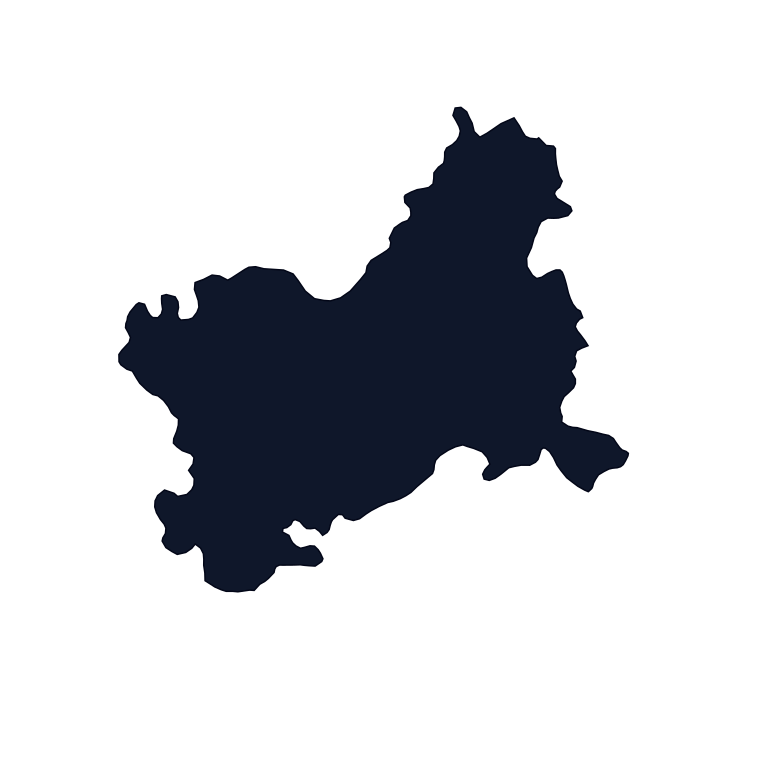 the district of Rahachow, Gomel, Belarus, rotated 327°
{"feature_id": "67162791B93010244041694", "entity_name": "Rahachow", "entity_type": "district", "adm_level": 2, "iso_a3": "BLR", "parent_name": "Belarus", "parent_adm1": "Gomel", "projection": "albers", "projection_center": [30.185, 53.104], "detail": "fine", "context": "isolated", "style": "filled", "palette": "ink", "viewbox_px": 768, "rotation_deg": 327, "n_neighbors": 0, "source": "geoboundaries", "source_scale": "gbopen_adm2", "svg_char_len": 4707}
<svg xmlns="http://www.w3.org/2000/svg" viewBox="0 0 768 768"><g transform="rotate(327 384 384)"><path d="M497.0,585.6L501.4,584.8L503.1,583.7L505.8,581.2L509.4,579.2L514.4,577.0L520.8,577.2L526.3,577.8L529.9,579.1L534.1,581.3L537.4,582.2L540.7,581.9L544.8,579.9L549.5,577.1L551.2,575.2L550.3,572.4L547.8,569.1L547.0,565.8L546.7,559.2L546.7,554.7L544.4,549.5L540.3,545.4L535.3,539.9L529.4,534.1L522.2,525.8L518.6,523.1L515.3,519.5L512.3,512.6L513.6,511.0L515.8,508.2L516.4,504.6L518.6,499.3L523.8,495.2L528.2,492.7L534.0,491.8L540.9,490.4L544.7,487.9L547.2,484.1L547.4,479.6L547.7,474.9L552.7,473.8L557.6,469.4L559.0,464.7L563.6,461.1L569.4,461.6L576.0,463.0L576.1,457.3L575.6,449.6L575.1,444.9L575.5,440.2L578.5,437.7L583.2,436.2L586.8,436.6L588.3,429.7L586.4,426.0L585.9,419.8L586.8,413.7L588.2,408.1L589.4,404.7L591.1,399.9L592.5,395.5L593.7,391.2L594.4,387.3L593.7,384.2L590.3,382.0L586.1,381.1L581.3,380.4L574.5,380.4L569.5,378.7L567.7,373.7L567.9,363.5L572.2,356.0L581.9,349.9L589.3,343.3L594.6,340.2L598.7,336.5L604.2,333.4L611.7,334.0L616.6,337.4L620.7,339.8L629.9,342.9L635.9,341.1L636.9,336.8L634.2,331.0L630.2,322.6L630.4,317.5L632.6,315.6L635.5,314.8L638.6,314.5L643.9,310.9L644.1,305.3L646.2,299.1L648.1,294.0L651.0,288.2L653.1,284.3L656.0,279.9L655.7,276.8L653.3,274.9L649.9,272.3L647.9,262.2L647.8,261.8L645.8,261.9L640.2,257.4L637.5,253.2L637.5,247.9L638.1,241.1L638.0,231.6L624.0,229.4L607.0,229.8L598.8,229.2L597.1,221.4L600.0,213.2L600.6,207.0L601.6,200.8L599.2,193.9L594.0,191.3L588.1,196.3L588.1,196.5L587.8,202.8L587.2,209.0L585.9,213.3L582.0,217.2L577.5,219.5L571.6,220.5L565.1,220.2L561.2,222.6L558.6,226.5L556.3,229.4L554.0,231.4L547.8,231.8L540.9,234.1L537.7,238.7L534.1,242.9L528.6,243.6L523.6,241.7L517.7,239.1L511.2,237.8L504.7,237.2L503.0,238.1L500.4,243.1L501.8,250.6L500.1,254.5L498.2,257.5L493.0,259.8L487.4,258.5L484.1,258.5L477.6,258.8L467.8,264.7L466.8,269.0L463.2,272.9L459.3,273.6L452.7,273.6L440.6,273.3L434.1,275.9L429.5,280.8L421.3,283.5L413.1,285.8L406.3,287.7L394.5,288.1L384.3,285.1L379.1,281.2L372.2,274.6L368.6,263.2L368.3,250.1L367.7,242.2L361.8,233.7L346.1,222.0L340.2,215.7L334.3,212.5L329.8,212.1L322.6,212.1L313.8,212.1L309.5,211.8L305.0,203.9L299.1,199.0L289.6,198.0L280.8,196.0L276.5,201.5L274.9,208.1L273.6,213.0L270.6,218.8L266.0,222.1L265.4,222.3L259.5,224.4L255.2,223.4L248.4,219.7L247.7,216.1L249.1,212.2L253.3,208.0L256.0,202.8L256.3,197.2L250.1,190.4L245.6,189.0L243.9,191.3L241.6,195.2L239.0,200.8L235.4,204.0L230.5,205.3L226.2,202.3L225.3,199.1L225.3,194.2L226.6,186.7L222.7,182.4L219.5,182.4L210.3,185.3L205.7,187.9L203.1,190.8L200.5,192.7L197.9,196.0L197.5,201.5L196.8,206.8L192.9,210.3L189.0,211.3L182.7,212.9L177.8,214.8L173.9,221.0L173.8,224.6L176.4,231.5L180.0,236.1L179.6,244.6L179.6,250.5L181.8,260.0L184.4,266.9L188.0,270.8L190.2,277.7L190.8,285.6L190.1,292.4L190.8,296.0L192.7,301.3L189.1,306.5L184.5,310.7L177.9,315.3L175.2,318.9L176.2,323.8L178.5,330.0L184.0,337.3L184.6,342.2L180.3,347.1L173.1,350.0L173.4,359.9L169.4,365.4L165.1,368.0L158.5,369.3L149.7,365.9L148.4,361.3L142.2,353.4L133.4,354.3L129.8,356.5L128.4,357.3L124.8,362.2L123.1,368.0L122.7,375.9L123.3,381.8L122.6,386.1L119.3,390.3L114.7,392.6L112.4,394.9L112.0,402.4L114.9,409.0L117.8,414.3L126.0,417.3L133.3,417.1L138.5,415.4L140.8,421.7L140.1,427.9L137.4,432.9L134.1,437.8L130.8,445.0L126.8,451.5L129.7,457.8L131.6,462.1L135.5,468.0L138.8,472.0L144.0,475.3L148.3,478.7L159.1,483.7L162.7,486.4L170.7,484.3L176.7,484.6L181.1,484.1L189.1,482.2L191.6,479.7L194.1,478.4L197.7,478.9L201.0,481.1L209.8,486.7L215.3,490.0L218.6,492.8L222.2,495.6L227.1,499.2L235.1,499.0L237.6,497.3L238.5,491.3L238.5,487.1L237.4,482.1L233.8,479.4L228.3,477.7L224.5,476.3L222.0,471.9L220.9,467.5L221.0,464.4L221.8,459.2L218.2,452.8L220.7,450.1L224.3,451.5L229.3,451.2L231.5,449.9L233.1,449.0L235.6,449.3L238.6,453.5L239.4,459.5L240.5,463.1L243.6,465.4L247.7,467.3L249.6,472.5L250.1,477.5L255.4,477.5L258.7,476.2L262.0,473.1L264.8,470.9L267.0,469.8L274.7,468.5L278.0,471.0L278.3,475.4L284.0,481.8L290.1,483.7L298.4,483.2L304.4,483.2L313.3,484.0L322.6,485.4L327.9,487.4L335.1,489.0L341.4,489.6L347.5,489.6L355.7,488.0L362.9,487.1L369.3,486.3L375.9,485.5L379.2,483.0L382.2,479.2L385.8,476.1L391.9,474.5L401.8,474.5L409.8,475.6L417.0,478.0L419.7,481.6L424.2,486.9L429.4,494.3L430.5,501.8L429.2,508.9L424.7,510.0L421.7,510.9L417.6,513.4L416.2,518.3L419.8,522.2L425.9,523.6L432.8,523.3L438.6,522.7L443.0,522.2L448.5,524.1L454.9,526.8L462.0,531.5L468.4,532.1L472.0,531.2L476.1,527.9L480.0,524.6L482.5,524.3L484.4,525.7L486.1,530.9L486.1,538.1L485.0,546.1L485.3,553.3L486.2,562.1L488.4,568.5L490.9,575.4L494.5,582.3L496.7,585.6L497.0,585.6Z" fill="#0f172a" stroke="#020617" stroke-width="1.5"/></g></svg>